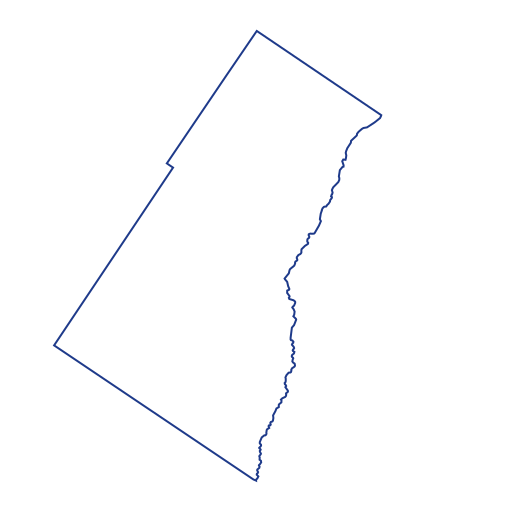 outline of Wilkin, Minnesota, United States of America, rotated 214°
{"feature_id": "52423323B40322351115851", "entity_name": "Wilkin", "entity_type": "district", "adm_level": 2, "iso_a3": "USA", "parent_name": "United States of America", "parent_adm1": "Minnesota", "projection": "natural_earth1", "projection_center": [-96.658, 46.326], "detail": "fine", "context": "isolated", "style": "outline", "palette": "blue", "viewbox_px": 512, "rotation_deg": 214, "n_neighbors": 0, "source": "geoboundaries", "source_scale": "gbopen_adm2", "svg_char_len": 3121}
<svg xmlns="http://www.w3.org/2000/svg" viewBox="0 0 512 512"><g transform="rotate(214 256 256)"><path d="M230.9,442.8L381.2,443.0L381.5,389.5L381.7,282.9L374.2,282.9L373.4,69.0L133.2,69.3L130.3,69.8L130.7,70.3L130.8,71.1L130.5,72.3L130.8,74.6L133.1,75.1L133.5,76.0L133.2,76.9L133.4,78.0L135.1,78.9L135.5,79.7L134.8,82.2L135.2,83.3L136.5,84.0L136.6,84.4L136.3,85.6L136.3,87.0L136.3,87.8L137.4,89.0L139.1,89.1L140.4,91.2L141.1,91.6L141.4,92.2L141.2,94.2L141.4,94.9L143.3,95.9L143.9,96.6L143.8,98.0L144.5,98.4L145.8,98.5L146.1,98.8L145.7,100.8L145.8,101.7L146.4,102.4L148.0,102.7L148.8,103.8L149.8,108.8L148.8,112.0L148.0,112.5L147.7,113.6L148.0,114.6L148.7,115.4L149.8,117.7L149.9,118.5L148.9,120.8L150.2,121.7L150.6,122.5L150.5,122.9L149.5,123.6L149.5,124.0L149.5,124.4L150.8,125.6L150.9,126.6L149.9,128.0L149.9,129.0L151.0,131.4L152.7,133.4L153.2,138.4L153.8,141.0L152.6,143.5L153.9,145.4L153.9,146.2L153.1,148.8L154.1,150.5L155.0,150.9L154.6,152.8L153.0,155.5L152.9,156.7L153.3,157.8L154.1,158.5L154.3,159.1L153.7,160.7L153.7,161.4L154.3,162.2L158.3,163.7L158.3,165.1L159.3,165.7L160.4,165.9L160.8,166.3L161.2,166.7L161.0,167.6L161.4,168.9L162.8,171.0L163.7,171.8L164.1,174.3L163.7,177.5L162.3,178.7L162.1,179.3L162.5,180.7L163.0,181.1L163.2,181.6L163.3,183.2L162.6,184.8L162.2,186.1L162.5,187.1L163.8,188.4L165.6,188.4L166.9,188.9L167.6,190.5L167.9,192.0L168.3,192.3L169.8,192.5L170.4,193.0L170.7,194.3L170.1,196.0L170.1,196.7L170.6,198.0L172.2,197.9L172.8,198.3L173.0,199.2L172.8,200.2L172.9,201.0L174.0,201.8L176.6,202.5L176.9,203.9L176.6,204.8L177.0,205.8L178.6,206.3L179.9,205.8L180.6,206.1L181.6,207.6L186.2,216.7L185.8,220.0L187.1,225.7L187.7,226.2L191.3,226.9L191.5,228.7L192.9,231.5L195.0,232.9L197.1,233.6L197.2,234.5L196.7,236.1L197.3,239.1L198.1,240.1L200.1,240.3L204.3,239.0L205.4,239.7L205.4,241.0L205.8,241.5L209.5,242.8L210.8,244.8L209.7,246.6L209.9,247.3L212.5,249.0L215.7,252.0L219.0,252.9L219.7,253.3L219.1,260.0L220.3,263.1L220.4,264.3L218.9,269.4L219.4,271.7L220.0,272.5L220.2,273.4L219.4,275.4L219.9,276.3L221.0,277.0L221.5,277.8L221.4,280.5L220.4,282.3L220.2,283.4L220.3,284.2L221.7,286.3L222.0,287.2L221.1,291.7L220.0,294.3L219.7,295.2L220.1,296.1L221.5,296.6L222.2,297.6L222.7,298.6L222.6,299.6L222.2,300.6L222.4,301.6L223.2,302.2L223.9,302.6L224.2,303.0L224.4,303.5L224.2,304.0L223.9,304.4L223.3,305.1L222.4,305.5L220.5,306.9L220.2,307.8L220.8,316.4L221.7,321.2L223.6,322.2L226.0,327.3L226.9,330.7L227.1,330.8L227.5,332.7L227.2,334.6L226.9,335.1L225.5,336.3L225.5,338.4L225.1,339.7L225.1,342.5L225.6,343.5L225.8,344.0L225.7,344.9L225.6,345.6L225.6,346.3L225.7,346.8L226.0,347.3L226.5,347.3L227.1,347.4L227.6,349.3L227.4,349.6L227.9,351.3L229.0,352.3L229.9,353.0L230.2,354.4L230.4,356.2L229.1,363.3L229.5,365.6L230.5,367.2L231.8,368.3L234.5,374.1L234.1,378.2L233.4,379.0L234.1,380.2L237.5,382.8L237.6,384.8L235.6,385.8L236.2,387.5L237.4,389.9L239.3,391.7L239.9,393.3L240.6,396.5L240.7,402.9L241.6,404.7L239.9,412.0L239.9,412.5L240.6,413.9L240.4,416.4L239.3,420.5L238.5,422.2L235.9,424.7L232.4,433.0L230.3,439.7L230.6,441.8L230.9,442.8Z" fill="none" stroke="#1e3a8a" stroke-width="2"/></g></svg>